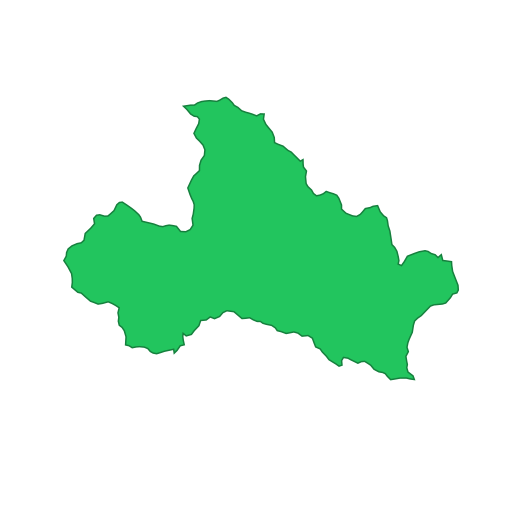 outline of Israelândia, Goiás, Brazil, rotated 343°
{"feature_id": "56859067B28131609505827", "entity_name": "Israelândia", "entity_type": "district", "adm_level": 2, "iso_a3": "BRA", "parent_name": "Brazil", "parent_adm1": "Goiás", "projection": "orthographic", "projection_center": [-50.88, -16.355], "detail": "fine", "context": "isolated", "style": "filled", "palette": "green", "viewbox_px": 512, "rotation_deg": 343, "n_neighbors": 0, "source": "geoboundaries", "source_scale": "gbopen_adm2", "svg_char_len": 3674}
<svg xmlns="http://www.w3.org/2000/svg" viewBox="0 0 512 512"><g transform="rotate(343 256 256)"><path d="M230.5,91.6L232.7,95.5L235.0,101.1L237.7,104.2L240.7,105.6L241.9,108.6L239.9,112.7L235.9,116.8L232.5,120.6L233.5,125.8L235.7,129.8L237.8,134.5L238.2,139.5L236.0,144.8L231.5,148.3L228.5,152.8L226.9,157.8L222.9,159.8L219.9,161.2L216.5,164.5L210.7,171.0L210.9,177.9L211.3,182.1L211.9,185.4L211.9,188.9L210.8,192.1L208.2,197.7L205.9,201.4L204.8,208.1L200.8,211.5L196.0,212.3L191.0,210.5L188.6,204.4L185.3,202.6L182.0,201.1L178.8,200.7L175.5,200.7L172.3,199.2L167.6,195.6L164.6,193.8L161.0,191.7L157.2,189.5L156.9,185.1L156.0,182.2L153.2,177.4L150.9,174.1L147.4,169.6L143.9,165.4L141.0,164.9L137.9,166.3L133.5,171.1L129.1,173.2L126.0,174.5L122.9,173.7L118.6,170.9L115.4,170.4L111.8,172.6L111.0,178.0L106.1,181.1L99.3,184.5L96.1,190.7L92.6,192.3L88.6,191.9L83.0,192.5L78.5,194.3L75.9,197.3L74.5,200.7L70.9,204.2L73.0,211.2L74.5,218.9L73.7,223.8L72.6,227.7L70.7,231.9L72.6,234.9L75.0,238.6L78.1,240.4L81.1,245.4L84.5,250.8L87.7,253.2L90.9,255.8L95.2,256.4L101.3,256.6L104.5,259.3L107.4,262.3L110.0,265.5L107.4,270.0L106.9,274.5L105.3,278.1L105.0,282.2L107.1,285.2L108.2,288.9L108.1,295.3L105.3,302.9L108.4,304.7L110.8,307.5L114.8,307.9L118.0,308.6L122.6,310.5L125.5,312.9L127.0,316.4L129.2,318.7L132.4,320.4L136.6,320.4L140.6,320.3L150.0,321.1L149.4,325.0L152.9,323.2L157.3,319.7L161.4,319.9L161.8,315.3L162.4,311.7L163.7,308.7L165.9,312.0L171.3,312.1L175.3,309.2L181.0,306.0L184.2,301.5L189.7,302.6L194.4,300.9L198.0,303.8L203.5,303.2L207.7,300.5L212.1,299.8L218.6,302.8L221.5,307.3L224.3,311.7L227.4,312.4L231.9,313.2L234.8,316.3L238.0,318.9L241.1,319.9L242.9,322.3L245.9,324.3L250.7,326.9L253.5,330.4L254.5,333.6L258.0,335.7L262.2,338.9L266.8,339.4L270.0,339.7L273.6,342.0L276.6,346.1L282.6,347.3L285.9,351.1L286.2,356.8L286.5,360.4L290.2,363.6L291.4,367.3L294.0,372.4L295.5,376.5L298.3,379.7L300.8,382.5L303.2,385.6L306.3,385.5L307.3,381.0L310.0,378.6L314.1,380.6L316.2,382.8L318.9,385.3L322.1,388.3L325.8,387.8L329.1,388.5L331.5,391.2L333.8,394.0L335.8,398.9L339.7,402.7L343.1,404.4L345.3,406.4L346.4,409.4L348.6,413.6L353.0,414.2L357.9,414.8L364.2,416.7L367.4,418.6L371.3,420.4L371.1,416.5L367.4,411.4L367.5,406.9L369.0,404.0L369.3,400.8L370.0,395.8L373.7,392.0L373.7,387.4L375.9,383.3L378.0,380.5L380.0,378.2L383.1,374.7L386.3,368.1L388.7,364.5L392.5,362.6L396.6,361.3L408.1,354.9L411.8,354.7L420.3,356.4L423.7,356.4L429.6,352.8L432.9,349.9L437.3,350.0L439.5,347.7L440.6,343.0L439.9,333.8L439.5,328.3L440.4,322.4L441.3,318.6L437.7,316.9L433.3,314.9L433.6,308.9L429.6,310.7L427.7,307.2L424.2,304.8L421.9,302.0L419.2,300.4L413.3,299.7L408.3,299.9L400.7,300.5L396.0,304.9L392.3,307.7L389.6,305.3L391.3,302.2L391.8,298.2L392.1,292.7L391.1,288.3L389.3,284.8L390.1,279.6L391.3,271.3L391.2,265.8L392.0,260.7L392.0,257.6L389.8,254.9L387.7,250.1L387.0,243.4L382.4,242.7L379.4,243.1L374.4,242.6L370.8,245.0L367.9,246.7L363.8,247.6L360.1,245.9L356.8,243.3L354.5,241.4L351.5,236.2L352.7,232.2L352.4,228.5L352.1,225.0L351.0,221.5L348.3,219.2L345.0,217.0L342.0,214.8L338.7,216.1L335.1,216.5L331.4,216.1L329.2,213.0L328.4,209.2L325.9,204.8L325.1,201.4L326.5,194.6L329.1,189.5L327.4,184.9L327.9,181.9L329.1,177.6L326.1,178.3L321.8,170.3L320.1,167.0L317.3,164.2L314.0,158.9L309.6,155.5L306.9,153.0L308.1,148.0L307.7,142.3L305.5,137.0L303.9,133.0L303.1,127.4L305.3,122.6L301.8,121.4L297.6,122.2L293.8,119.2L290.9,117.2L288.3,115.6L284.7,112.9L282.1,108.6L279.2,105.6L278.2,102.6L275.8,98.1L273.7,95.5L270.7,95.4L266.8,96.4L263.8,96.7L260.7,95.4L257.0,93.9L252.4,92.9L249.0,92.4L244.8,92.6L241.2,93.7L237.4,92.6L230.5,91.6Z" fill="#22c55e" stroke="#15803d" stroke-width="1.5"/></g></svg>